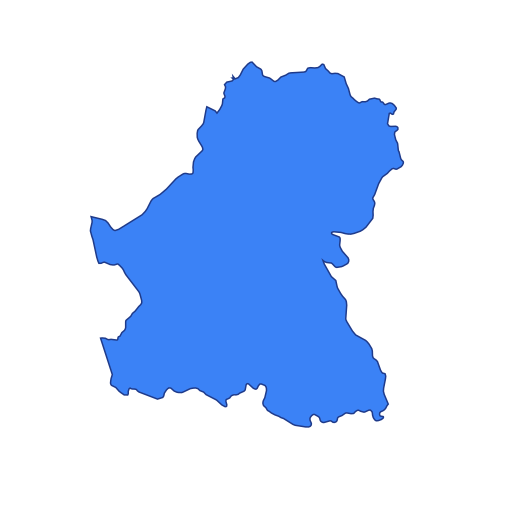 Nakhon Ratchasima, Natural Earth projection, rotated 346°
{"feature_id": "THA-441", "entity_name": "Nakhon Ratchasima", "entity_type": "Province", "adm_level": 1, "iso_a3": "THA", "parent_name": "Thailand", "parent_adm1": "", "projection": "natural_earth1", "projection_center": [102.187, 14.947], "detail": "fine", "context": "isolated", "style": "filled", "palette": "blue", "viewbox_px": 512, "rotation_deg": 346, "n_neighbors": 0, "source": "natural_earth", "source_scale": "10m", "svg_char_len": 6087}
<svg xmlns="http://www.w3.org/2000/svg" viewBox="0 0 512 512"><g transform="rotate(346 256 256)"><path d="M94.5,358.9L91.7,355.7L90.4,354.0L88.2,349.7L84.7,346.7L84.3,346.1L84.1,345.2L84.1,344.1L84.8,342.1L85.7,340.0L87.9,336.3L85.3,298.1L86.9,298.3L90.0,299.4L91.7,301.0L92.9,301.6L95.2,301.8L100.6,303.9L101.3,303.8L101.7,303.4L102.6,301.4L103.2,301.1L104.5,300.9L105.0,300.5L107.3,297.9L110.3,296.4L111.3,295.5L112.2,294.0L113.6,288.4L114.0,287.4L114.5,286.9L119.9,284.2L122.2,281.8L125.3,280.3L130.1,276.6L132.4,275.3L133.8,273.8L134.3,271.6L134.2,265.1L134.0,263.3L133.4,261.6L125.2,242.7L124.5,240.2L124.0,237.5L123.3,235.5L121.5,232.3L120.5,230.9L120.1,230.4L119.5,230.2L116.5,230.4L115.1,230.1L112.4,229.0L107.5,225.3L106.2,225.2L104.0,225.6L101.8,225.1L101.4,222.7L101.2,218.5L101.8,200.7L101.5,197.1L101.4,191.6L102.2,189.4L105.1,183.7L105.6,181.8L105.5,177.9L115.8,183.3L118.6,185.2L120.4,188.1L122.0,192.7L123.6,195.7L124.6,196.7L125.4,197.2L129.2,196.9L155.3,188.5L159.3,186.0L161.8,183.8L167.5,177.2L169.0,176.0L170.2,175.3L177.8,173.1L185.3,169.4L196.9,161.8L199.7,160.5L204.9,158.8L206.2,158.6L207.9,158.9L211.0,160.4L213.1,160.9L214.2,160.7L214.9,160.2L215.2,159.6L215.9,157.3L216.3,154.7L218.1,149.6L220.1,146.7L221.5,145.3L229.2,140.9L230.1,140.0L230.3,139.2L230.3,137.5L229.9,135.9L228.3,130.9L227.8,128.5L227.7,126.7L228.6,122.7L229.8,120.0L230.6,119.2L234.7,116.6L236.7,115.0L237.6,113.8L242.7,102.5L244.4,99.3L251.5,105.3L252.7,107.9L256.3,105.0L259.2,101.8L260.2,100.3L261.8,95.8L262.3,95.4L263.7,95.1L264.4,94.1L264.5,93.1L264.2,90.7L264.4,89.8L266.7,86.4L267.4,84.5L266.9,82.1L269.8,80.2L275.0,80.4L277.2,79.1L276.0,77.6L276.7,77.7L277.1,77.4L277.2,76.1L278.6,79.1L282.0,78.6L284.4,76.7L288.8,71.6L294.5,67.8L297.4,66.7L299.1,66.9L302.3,72.5L305.7,75.7L306.1,76.3L306.5,77.8L306.2,81.5L306.3,82.4L306.9,83.3L308.1,84.2L311.9,86.4L312.8,87.2L315.7,90.9L316.4,91.2L317.3,91.4L319.8,90.6L323.4,88.4L328.7,87.7L332.1,86.6L334.0,86.7L346.8,89.1L348.6,89.1L349.7,88.4L351.5,86.4L352.8,86.3L354.6,86.5L358.5,87.8L361.7,88.2L363.8,87.5L366.1,86.1L366.7,85.9L367.4,86.2L368.1,86.7L368.8,90.9L370.9,94.1L372.0,96.3L372.7,96.9L373.7,97.5L377.0,97.9L379.6,98.8L384.9,103.6L385.2,110.6L386.2,115.8L386.3,122.3L386.6,123.8L386.8,124.4L388.5,126.7L389.2,128.0L390.8,130.2L392.1,131.7L393.2,132.5L393.9,132.5L395.8,132.0L396.5,132.0L399.4,132.8L401.6,132.6L404.0,131.3L409.2,131.5L411.5,132.8L413.5,133.6L413.9,134.2L414.3,136.2L414.7,136.8L415.9,137.2L416.4,137.8L417.2,139.8L417.8,140.3L418.5,140.4L422.2,139.8L423.3,140.0L424.9,140.9L426.1,142.4L426.8,143.6L427.9,146.4L427.5,147.5L424.8,149.6L423.7,151.5L422.5,151.5L420.8,149.8L419.8,149.9L415.6,159.5L416.4,161.8L416.9,162.3L418.1,162.9L422.8,163.9L423.9,164.5L424.5,165.3L424.7,165.9L424.3,167.5L423.2,168.2L421.0,169.1L420.5,169.6L419.7,171.7L419.7,177.0L420.6,180.8L420.5,182.1L419.7,187.5L419.7,188.6L420.0,189.4L420.0,196.6L420.5,198.1L421.6,199.8L421.7,200.6L421.3,201.7L420.1,203.2L418.5,204.4L413.6,205.8L412.3,205.4L410.7,204.3L409.2,204.3L406.1,205.8L403.4,207.6L398.2,209.7L397.1,210.5L392.5,215.5L386.0,225.1L383.3,227.9L383.2,229.2L384.0,231.7L384.1,232.8L383.9,234.0L383.0,235.8L381.4,238.1L380.3,241.0L379.5,244.8L378.4,247.7L369.6,254.7L365.9,256.4L363.1,257.2L356.7,257.8L353.3,257.7L350.5,256.9L347.9,255.8L344.2,253.7L337.3,251.3L335.7,251.3L335.1,251.5L334.8,252.1L334.9,252.8L335.6,253.7L341.0,257.4L341.5,257.8L341.8,258.5L341.8,259.7L341.3,261.5L339.8,265.6L339.7,266.9L339.9,268.4L340.9,272.3L344.9,280.1L345.1,282.1L344.6,283.7L343.4,285.2L342.2,285.7L338.0,286.8L336.4,287.0L331.6,286.6L330.7,286.1L330.0,285.3L328.3,282.2L327.5,281.1L322.8,279.3L320.7,277.6L319.9,276.5L320.3,280.4L324.1,294.2L327.5,299.1L327.3,305.1L327.4,306.9L329.0,312.7L330.2,315.9L332.2,319.7L332.5,320.8L332.6,322.3L332.1,325.7L327.9,338.6L327.8,339.5L328.2,341.7L331.4,352.1L333.6,356.7L341.9,364.4L343.1,366.2L344.3,368.7L345.9,373.9L345.9,375.0L345.9,376.3L344.9,381.0L345.0,383.0L345.7,384.2L347.3,385.9L348.3,387.8L349.2,396.9L349.8,399.0L350.4,400.2L351.7,400.8L352.8,401.6L352.8,404.0L351.8,406.7L347.9,415.0L346.9,418.0L346.9,421.3L348.5,431.7L346.9,432.9L345.1,435.0L343.5,436.2L341.6,436.9L339.3,437.3L338.2,438.0L337.6,439.4L337.6,440.9L338.0,441.4L340.6,442.6L340.7,443.2L340.0,444.2L338.0,445.0L334.9,445.3L333.2,445.1L332.4,444.7L331.6,443.7L331.0,442.1L330.7,441.1L330.6,438.6L330.9,436.7L330.9,435.3L330.5,434.4L329.8,433.3L329.1,433.0L328.0,432.9L323.7,433.7L322.7,433.5L320.0,432.0L318.3,430.5L317.6,430.3L316.5,430.4L314.7,431.1L313.1,432.2L312.4,432.4L310.1,432.0L306.8,430.5L305.7,430.1L304.7,430.1L300.8,431.6L297.3,432.1L296.6,432.4L296.0,432.9L295.1,434.8L294.2,435.9L293.6,436.2L292.1,436.5L290.5,436.0L289.0,434.3L288.0,433.8L281.8,434.0L280.9,433.8L280.0,433.3L278.9,432.0L278.6,431.1L278.5,428.5L278.3,427.8L277.5,426.7L274.6,424.0L273.9,423.7L272.9,423.7L271.3,424.4L269.7,425.7L269.0,426.8L268.7,428.4L269.2,431.6L269.1,432.4L268.4,433.7L267.3,434.4L265.7,434.6L262.7,433.8L253.0,429.7L251.1,428.3L243.4,420.3L241.2,418.9L239.3,417.0L235.9,414.7L232.9,412.0L231.3,410.0L229.8,408.6L228.9,405.6L227.4,403.4L227.1,402.7L227.0,401.0L227.4,399.5L228.1,398.2L230.3,395.6L233.6,389.2L234.1,386.9L234.0,385.2L233.4,383.8L230.1,381.4L228.7,381.2L226.9,382.5L225.1,384.7L223.9,385.2L223.1,385.0L221.4,383.7L217.9,378.4L217.4,378.0L216.8,377.8L216.1,377.9L215.2,378.7L213.2,383.1L212.8,383.6L211.6,384.3L207.0,385.1L205.2,385.9L203.1,385.9L200.9,385.3L198.9,385.5L197.9,385.9L196.2,387.3L194.7,387.7L192.6,388.0L192.1,388.4L191.6,389.8L191.7,393.3L191.1,394.7L190.4,394.9L189.5,394.7L186.8,392.2L183.0,386.4L182.1,385.5L174.0,378.4L172.3,375.4L169.0,373.0L167.6,370.7L165.4,369.4L163.1,369.0L160.2,368.8L151.8,370.5L150.7,370.5L147.5,369.6L146.1,368.9L143.9,367.2L141.6,363.8L141.1,363.4L139.6,362.9L138.2,363.4L136.7,364.3L133.9,366.9L132.6,369.5L131.3,370.7L125.8,371.0L109.5,359.6L108.3,358.1L107.7,356.7L107.0,356.2L105.9,355.7L103.8,355.1L102.5,354.4L102.1,353.8L101.4,353.8L100.6,354.3L99.3,356.4L98.7,358.8L97.9,359.8L94.5,358.9Z" fill="#3b82f6" stroke="#1e3a8a" stroke-width="1.5"/></g></svg>